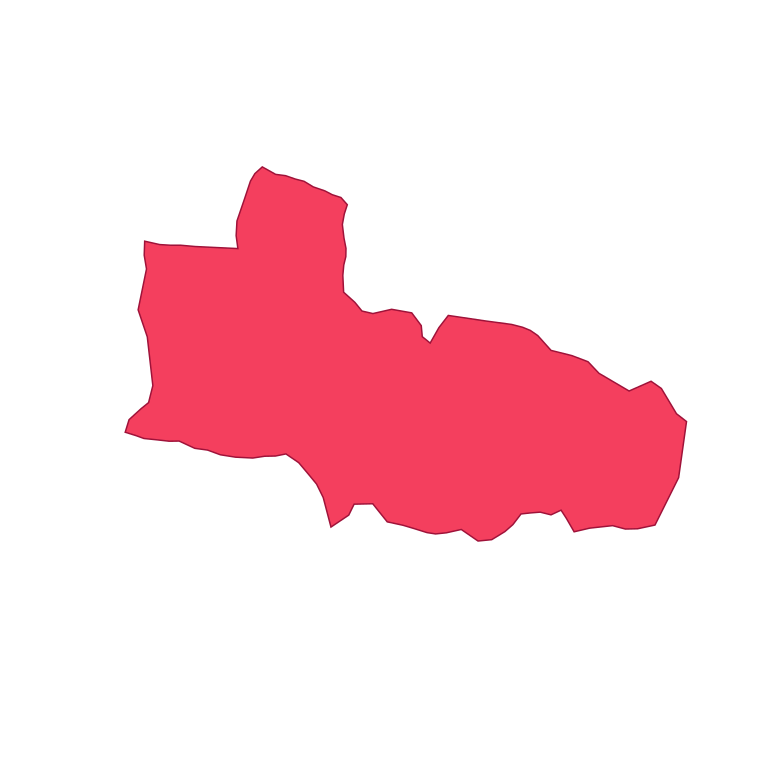 the district of Presidente Castelo Branco, Paraná, Brazil, rotated 63°
{"feature_id": "56859067B40878166558418", "entity_name": "Presidente Castelo Branco", "entity_type": "district", "adm_level": 2, "iso_a3": "BRA", "parent_name": "Brazil", "parent_adm1": "Paraná", "projection": "orthographic", "projection_center": [-52.155, -23.264], "detail": "fine", "context": "isolated", "style": "filled", "palette": "rose", "viewbox_px": 768, "rotation_deg": 63, "n_neighbors": 0, "source": "geoboundaries", "source_scale": "gbopen_adm2", "svg_char_len": 1478}
<svg xmlns="http://www.w3.org/2000/svg" viewBox="0 0 768 768"><g transform="rotate(63 384 384)"><path d="M501.5,168.8L472.1,187.6L456.8,192.1L444.0,203.7L429.9,219.9L410.7,225.0L402.7,229.3L396.4,234.7L388.9,243.2L373.3,265.8L352.1,295.6L358.7,309.5L368.5,324.3L359.2,328.4L348.9,324.3L333.2,327.0L320.9,343.3L316.2,361.9L309.0,370.5L298.0,372.9L283.9,378.3L268.6,371.4L259.7,365.8L253.2,360.2L245.9,356.3L235.8,353.4L223.0,348.7L214.5,342.2L207.6,335.3L198.3,337.7L191.8,344.2L185.2,348.9L176.2,357.6L167.1,363.2L161.1,370.0L153.7,377.1L148.0,385.4L135.3,393.9L137.9,403.5L142.6,410.9L155.9,424.4L172.0,441.0L184.7,448.4L197.0,452.7L175.8,489.8L168.2,501.9L163.5,511.1L157.9,520.6L148.1,532.4L160.4,539.2L173.7,543.4L206.3,569.4L234.5,573.5L280.5,590.7L293.7,602.2L295.7,611.6L300.0,627.3L309.5,636.5L317.6,628.2L323.6,622.6L330.7,611.6L337.5,601.3L341.8,592.5L355.4,581.8L362.7,571.3L372.8,561.9L381.8,549.5L390.4,534.5L394.2,523.1L398.9,513.4L401.8,503.1L415.4,495.7L429.5,492.4L442.6,489.5L457.6,489.7L487.4,496.2L484.8,474.9L477.5,465.2L485.6,448.4L497.2,446.0L508.3,443.7L518.5,431.2L526.4,422.9L535.9,413.2L541.0,406.1L544.9,396.0L548.7,381.2L566.6,371.5L571.6,358.7L570.4,343.3L567.8,333.0L562.0,320.9L565.3,312.2L569.1,303.0L576.4,294.6L576.8,283.5L586.6,282.5L602.0,281.7L605.8,266.2L614.0,244.6L622.8,234.8L628.1,223.8L632.7,206.6L601.2,164.0L554.8,131.5L543.3,136.9L513.9,138.9L502.8,144.8L501.5,168.8Z" fill="#f43f5e" stroke="#9f1239" stroke-width="1.5"/></g></svg>